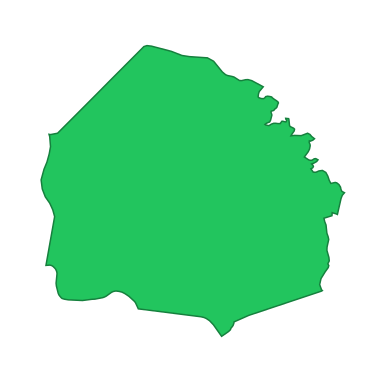 outline of Atakora, rotated 98°
{"feature_id": "BEN-2181", "entity_name": "Atakora", "entity_type": "Department", "adm_level": 1, "iso_a3": "BEN", "parent_name": "Benin", "parent_adm1": "", "projection": "robinson", "projection_center": [1.484, 10.71], "detail": "fine", "context": "isolated", "style": "filled", "palette": "green", "viewbox_px": 384, "rotation_deg": 98, "n_neighbors": 0, "source": "natural_earth", "source_scale": "10m", "svg_char_len": 2705}
<svg xmlns="http://www.w3.org/2000/svg" viewBox="0 0 384 384"><g transform="rotate(98 192 192)"><path d="M265.9,52.7L270.7,50.2L271.5,49.2L272.3,50.3L306.2,118.5L314.8,132.3L316.4,132.3L318.6,132.8L320.1,133.6L321.0,134.2L321.8,134.6L322.7,134.7L323.1,134.8L325.1,136.4L330.8,142.6L320.5,152.3L317.0,156.7L315.3,160.2L314.6,162.6L314.3,165.8L315.2,228.9L313.3,230.1L309.6,232.5L309.0,233.1L308.5,233.5L304.1,239.9L302.0,244.2L300.9,247.4L300.6,250.2L300.6,253.2L300.8,254.2L301.0,254.8L301.6,256.3L302.6,257.8L307.1,262.5L308.2,264.1L309.0,265.6L311.6,273.2L312.2,276.3L314.7,285.4L316.0,299.5L315.9,303.5L315.5,305.9L314.9,306.8L313.7,308.2L312.4,309.5L310.9,310.4L304.0,313.2L301.2,313.9L291.7,314.3L289.9,314.8L288.3,315.7L287.3,316.4L286.4,317.4L285.0,319.3L284.4,320.7L284.2,321.9L284.2,322.7L285.0,326.4L235.5,324.6L229.0,327.4L222.9,331.3L217.2,336.6L209.8,340.7L201.0,343.1L190.0,341.7L182.6,339.8L174.2,338.7L166.8,338.4L157.0,340.6L154.8,341.6L154.8,340.0L152.5,333.3L134.2,319.5L109.3,300.8L94.4,289.7L84.4,282.2L67.9,269.8L54.7,259.9L53.3,257.0L53.2,252.4L55.6,232.0L58.2,221.0L58.3,213.3L57.0,195.4L59.5,188.8L68.9,178.7L71.2,175.0L71.7,173.0L72.0,168.5L72.3,166.4L75.0,160.5L74.8,158.4L73.3,154.4L72.9,152.2L73.4,148.3L77.9,136.1L83.2,139.4L85.5,139.8L88.6,139.8L89.4,138.7L89.8,136.4L89.6,134.1L88.6,133.0L87.3,132.3L86.6,130.5L86.6,128.3L86.8,126.3L87.4,125.8L88.8,123.3L89.9,120.9L91.0,119.2L91.8,118.8L92.6,119.1L96.4,119.8L97.6,120.7L98.5,121.7L99.4,122.1L99.9,122.5L100.8,124.5L101.1,124.9L102.2,124.8L104.1,123.8L104.8,123.6L110.1,124.2L111.9,124.9L112.4,125.9L113.6,127.9L114.9,129.2L115.4,128.3L115.6,125.1L113.7,122.8L112.6,120.7L112.3,118.6L112.3,116.3L111.9,114.0L111.6,114.0L109.9,113.1L109.4,112.8L109.3,111.8L109.6,109.4L109.4,108.6L107.8,108.2L106.7,109.3L106.0,109.5L105.9,106.5L106.8,106.1L112.5,104.7L113.5,103.9L114.7,100.2L115.5,99.2L117.3,99.3L120.8,101.1L122.6,101.8L121.7,98.4L121.0,91.7L117.7,85.7L118.6,83.2L120.4,81.2L122.2,78.1L123.9,79.6L125.2,81.9L125.0,82.9L126.5,82.9L127.4,82.4L128.3,81.8L129.8,81.4L133.1,81.6L135.9,82.5L141.7,85.6L143.9,81.0L144.2,79.5L143.8,77.5L142.1,75.6L141.7,74.1L142.6,71.7L144.5,72.8L146.5,75.4L147.6,77.5L148.8,75.9L150.0,75.3L151.3,75.9L152.5,77.5L155.5,74.6L155.2,72.0L153.5,69.3L152.5,65.9L154.0,62.2L157.4,59.7L161.4,57.7L164.2,55.7L162.6,51.5L162.8,49.9L164.2,47.5L166.5,45.6L168.6,44.9L170.5,43.7L171.5,40.9L174.3,42.7L177.7,43.5L194.0,44.9L193.6,46.2L193.2,49.0L192.9,50.3L196.0,50.1L199.6,57.7L203.0,56.4L206.0,54.7L214.0,52.7L217.3,51.0L220.0,50.0L227.7,50.6L231.0,50.3L237.8,47.3L241.1,46.5L244.2,47.5L245.8,46.3L247.9,46.6L252.5,49.0L259.8,52.2L265.9,52.7Z" fill="#22c55e" stroke="#15803d" stroke-width="1.5"/></g></svg>